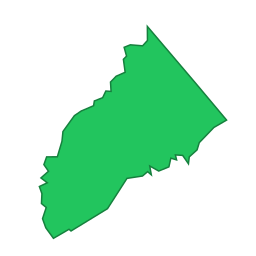 Floyd, Virginia, United States of America, rotated 171°
{"feature_id": "52423323B13194007767030", "entity_name": "Floyd", "entity_type": "district", "adm_level": 2, "iso_a3": "USA", "parent_name": "United States of America", "parent_adm1": "Virginia", "projection": "albers", "projection_center": [-80.326, 36.916], "detail": "fine", "context": "isolated", "style": "filled", "palette": "green", "viewbox_px": 256, "rotation_deg": 171, "n_neighbors": 0, "source": "geoboundaries", "source_scale": "gbopen_adm2", "svg_char_len": 788}
<svg xmlns="http://www.w3.org/2000/svg" viewBox="0 0 256 256"><g transform="rotate(171 128 128)"><path d="M218.9,30.7L202.1,37.2L200.4,35.2L165.1,49.8L160.9,51.5L136.9,78.4L121.2,78.3L115.5,81.8L112.3,78.1L112.5,87.1L104.4,80.7L93.7,83.2L90.4,91.5L85.0,88.9L85.4,94.0L78.3,92.4L73.9,83.2L72.0,89.9L63.2,95.6L59.9,102.4L43.1,115.1L29.4,120.4L54.4,162.0L93.0,225.3L95.1,211.4L100.7,206.9L112.7,209.8L119.2,208.3L118.2,199.2L121.8,196.6L122.1,183.5L131.6,181.0L138.1,176.1L139.0,166.8L144.1,168.0L148.3,161.9L157.0,160.0L158.5,155.4L171.6,152.1L179.0,148.6L192.8,134.7L195.3,125.2L202.3,110.6L212.9,112.2L216.8,105.0L213.3,97.7L221.8,92.3L216.3,86.5L224.7,84.1L223.3,76.6L225.3,66.9L221.2,62.3L226.6,51.8L224.8,42.3L218.9,30.7Z" fill="#22c55e" stroke="#15803d" stroke-width="1.5"/></g></svg>